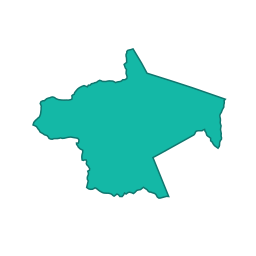 outline of Ibaretama, Ceará, Brazil, rotated 208°
{"feature_id": "56859067B69823963674642", "entity_name": "Ibaretama", "entity_type": "district", "adm_level": 2, "iso_a3": "BRA", "parent_name": "Brazil", "parent_adm1": "Ceará", "projection": "mercator", "projection_center": [-38.701, -4.773], "detail": "fine", "context": "isolated", "style": "filled", "palette": "teal", "viewbox_px": 256, "rotation_deg": 208, "n_neighbors": 0, "source": "geoboundaries", "source_scale": "gbopen_adm2", "svg_char_len": 3149}
<svg xmlns="http://www.w3.org/2000/svg" viewBox="0 0 256 256"><g transform="rotate(208 128 128)"><path d="M108.3,61.3L107.5,62.8L106.8,64.5L105.0,64.6L103.0,63.7L101.0,64.7L100.5,66.9L100.5,68.9L98.7,68.8L97.7,70.9L96.6,72.0L94.4,72.6L92.4,72.7L91.7,74.3L90.9,77.0L89.6,78.3L88.0,79.5L87.1,81.7L86.5,82.9L83.8,82.6L82.2,82.5L80.8,81.8L79.2,81.5L77.6,82.1L75.9,82.3L73.9,82.7L72.3,82.5L69.6,80.8L67.8,80.6L66.5,81.4L65.0,82.8L63.3,84.4L61.8,85.8L59.9,86.6L92.1,113.6L87.0,121.3L66.6,152.8L66.3,154.4L66.5,155.7L66.2,157.3L64.8,158.5L62.9,159.5L61.3,160.4L60.6,161.7L59.7,162.7L58.6,161.4L57.1,160.7L56.2,159.7L55.0,158.6L53.5,158.2L52.1,158.1L50.3,157.8L49.0,155.5L47.1,155.1L44.9,153.7L43.2,153.0L39.0,152.4L38.8,154.5L39.1,155.8L39.8,157.2L40.4,158.7L40.5,160.5L40.2,161.9L40.8,163.3L41.7,164.2L42.4,165.3L43.0,166.8L44.2,168.3L45.5,169.9L46.2,171.6L46.8,173.6L47.8,174.5L49.1,176.0L50.0,178.2L50.9,179.7L52.1,181.0L52.9,182.3L53.1,183.7L52.9,185.7L53.2,187.5L53.3,189.4L53.2,191.4L54.2,193.3L54.8,195.5L56.0,197.3L55.6,199.1L89.8,193.8L109.2,190.4L132.1,186.2L136.9,185.3L146.4,191.6L160.7,200.2L162.2,198.6L163.3,197.7L164.6,196.5L165.0,195.1L164.3,193.6L164.3,192.2L163.5,190.6L162.6,189.6L161.8,188.5L161.0,187.1L160.0,185.3L160.6,184.0L161.3,182.3L160.0,181.1L158.5,179.7L156.8,178.9L156.0,176.8L155.2,175.1L154.2,174.2L152.8,172.8L152.3,171.2L153.3,169.3L155.3,168.1L155.9,166.3L157.1,165.1L158.4,164.2L159.4,163.3L160.2,162.3L162.0,162.3L163.4,162.3L164.9,161.6L166.7,160.8L168.2,159.7L169.2,158.8L170.9,157.9L172.5,157.1L173.9,157.1L175.4,156.8L176.6,155.0L177.3,153.4L178.5,152.5L179.4,151.3L181.1,149.9L181.5,148.1L183.1,147.2L183.2,145.3L184.9,145.0L186.7,144.8L188.0,143.4L188.8,142.3L189.9,140.7L190.8,138.7L191.3,136.5L191.7,134.3L191.4,132.5L192.3,131.3L192.7,130.1L191.7,128.8L191.1,127.0L192.5,125.6L193.9,124.5L195.1,124.0L196.3,123.3L198.1,122.3L200.3,121.3L202.8,120.4L205.3,120.1L207.2,120.4L209.0,120.1L210.3,119.2L211.2,118.0L212.3,117.1L213.5,115.7L214.2,114.1L214.6,112.9L216.0,112.0L217.2,110.4L217.0,108.4L215.9,107.5L214.8,106.6L214.4,105.4L213.5,103.8L212.9,102.2L212.4,100.9L211.8,99.3L211.5,97.6L211.5,95.8L212.2,94.4L212.6,93.0L213.3,91.3L213.8,88.8L213.3,86.1L211.2,86.3L209.5,86.3L208.1,85.6L206.9,84.9L205.5,84.4L203.7,83.2L202.2,83.1L200.7,83.1L198.6,82.8L197.2,83.1L195.7,83.3L194.1,82.6L192.7,81.7L190.8,82.0L189.4,82.7L188.5,83.8L186.7,84.8L185.2,85.6L184.1,86.5L182.9,87.6L181.1,88.0L179.7,88.9L178.4,90.0L177.3,91.0L175.9,92.1L174.2,93.2L172.5,93.7L171.0,94.2L169.3,94.8L167.5,95.3L165.7,94.5L165.0,92.7L164.8,91.3L166.4,90.5L165.6,89.3L164.3,88.8L162.9,87.8L160.5,87.1L158.8,87.1L157.5,87.1L156.5,85.0L156.1,83.0L155.6,81.6L155.0,80.4L153.5,78.2L152.2,78.4L151.4,79.4L150.0,80.1L148.8,79.1L148.1,77.0L147.2,76.2L145.9,75.9L142.8,74.2L142.2,72.6L143.3,71.0L141.8,69.6L141.1,68.1L141.0,66.2L140.6,64.9L139.8,63.6L138.3,62.7L136.6,56.1L135.3,55.9L134.0,55.8L132.4,56.2L130.7,57.2L129.7,58.5L129.1,59.7L127.6,59.8L126.1,59.5L124.5,59.2L122.9,59.0L121.6,59.0L120.1,59.0L118.7,59.3L116.7,60.2L114.5,61.3L112.5,61.8L111.0,61.8L109.7,61.4L108.3,61.3Z" fill="#14b8a6" stroke="#0f766e" stroke-width="1.5"/></g></svg>